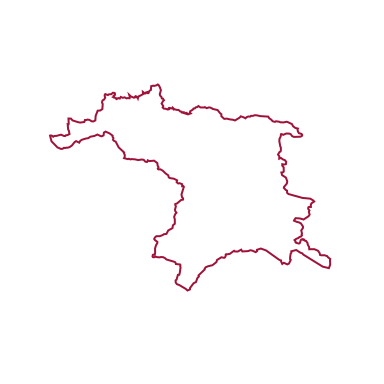 the district of Abura-asebu-kwamankese, Central, Ghana, rotated 103°
{"feature_id": "2480657B30493820921", "entity_name": "Abura-asebu-kwamankese", "entity_type": "district", "adm_level": 2, "iso_a3": "GHA", "parent_name": "Ghana", "parent_adm1": "Central", "projection": "equal_earth", "projection_center": [-1.222, 5.267], "detail": "fine", "context": "isolated", "style": "outline", "palette": "rose", "viewbox_px": 384, "rotation_deg": 103, "n_neighbors": 0, "source": "geoboundaries", "source_scale": "gbopen_adm2", "svg_char_len": 6068}
<svg xmlns="http://www.w3.org/2000/svg" viewBox="0 0 384 384"><g transform="rotate(103 192 192)"><path d="M235.4,41.5L231.7,41.0L227.3,42.2L226.2,42.2L224.9,45.0L224.1,45.8L223.8,48.5L224.6,51.8L224.5,53.1L222.8,53.9L220.9,56.0L220.2,59.9L221.4,64.9L219.3,65.5L217.2,67.4L215.8,67.9L214.0,69.9L214.1,70.9L213.1,72.1L213.0,73.1L213.6,73.1L213.4,74.0L213.6,74.7L214.5,75.2L217.2,75.4L217.9,75.7L218.2,76.5L218.1,79.1L217.6,79.9L216.9,79.9L215.8,81.3L214.3,80.0L212.7,77.8L211.8,77.3L210.8,75.7L209.4,75.1L208.9,75.6L207.7,75.5L204.9,76.9L202.1,75.8L200.8,76.0L198.1,78.8L197.5,81.2L197.6,82.7L197.0,86.2L196.7,86.2L194.2,85.2L193.5,80.9L193.7,77.1L189.4,73.0L187.6,72.3L185.0,73.7L183.6,73.4L182.3,75.0L180.8,75.2L180.2,74.6L179.8,72.8L177.6,73.4L176.1,73.0L173.8,70.8L172.9,72.1L171.9,75.3L172.9,83.0L172.3,97.4L171.5,99.1L169.3,99.7L168.9,101.1L167.4,103.4L166.4,103.5L162.5,101.5L160.1,101.6L156.8,103.8L155.3,108.0L152.9,109.3L152.3,107.8L151.5,107.2L147.4,108.2L146.0,110.0L144.6,110.3L144.5,108.4L143.8,106.8L141.4,107.0L140.1,108.6L139.8,110.7L138.8,113.1L139.9,114.5L137.5,115.0L136.2,116.6L133.5,115.8L132.5,114.8L131.4,114.8L128.8,115.4L127.4,116.4L122.7,118.4L120.5,118.7L118.0,118.1L115.7,118.3L115.4,117.5L115.8,116.0L113.8,113.3L113.2,110.1L113.6,108.6L115.0,107.1L115.4,105.1L113.7,98.7L112.4,97.4L111.7,97.4L110.8,98.3L110.6,101.1L109.1,102.5L107.2,103.3L106.4,103.1L106.3,105.9L105.2,108.3L103.4,109.8L102.3,114.5L102.3,115.7L103.6,118.4L104.2,121.6L103.9,122.9L104.2,126.1L105.0,126.9L104.9,129.4L103.7,131.0L102.8,133.3L101.4,134.7L102.7,142.4L102.7,145.9L103.1,148.2L104.1,149.8L104.5,151.6L105.5,152.4L105.8,154.2L106.7,155.5L108.2,156.5L107.6,158.5L107.3,161.5L108.8,162.3L112.6,166.2L112.4,168.6L112.7,171.0L112.7,174.7L113.5,177.0L111.6,180.4L109.6,180.9L109.1,182.1L106.4,185.5L106.4,190.7L106.0,191.3L105.6,193.6L105.8,194.6L107.0,196.5L106.4,198.6L106.9,199.1L107.7,202.8L106.8,205.1L108.1,206.1L108.6,207.3L110.0,208.1L110.3,209.3L111.5,209.7L113.7,211.9L115.1,211.9L115.7,210.9L117.3,213.5L117.1,215.1L116.6,214.8L116.6,215.2L116.2,215.3L116.5,215.9L116.9,216.0L116.7,216.5L117.0,216.9L116.9,218.2L116.2,218.2L116.8,219.9L116.1,220.3L116.2,221.5L115.1,223.5L115.4,225.3L115.3,227.4L115.8,228.5L115.1,229.2L114.7,228.9L114.2,229.8L114.8,229.8L115.2,230.9L115.0,231.7L115.4,232.8L115.2,233.0L115.3,233.4L116.1,233.8L116.6,233.2L117.1,234.2L116.8,237.0L117.1,238.0L116.3,239.6L114.7,239.3L112.7,241.5L109.4,240.5L109.0,240.0L107.6,241.2L107.6,242.5L106.2,243.2L105.2,244.8L103.9,245.4L99.8,245.2L97.0,247.0L95.1,248.8L95.0,249.7L95.9,250.4L97.2,252.8L97.1,253.7L98.1,255.6L101.8,255.0L103.0,256.2L105.5,256.7L105.7,257.6L104.7,258.1L105.3,259.2L106.5,259.6L106.9,261.0L106.5,261.6L105.9,261.5L105.5,262.4L107.6,261.7L109.9,264.2L110.2,265.0L111.8,265.8L112.8,265.8L111.8,266.5L112.2,266.9L110.8,269.0L112.2,268.2L112.6,268.8L112.6,269.4L113.2,269.8L112.7,272.9L111.5,275.0L113.1,274.1L114.7,273.9L114.9,275.6L115.5,276.9L114.9,278.9L115.8,280.7L115.4,282.8L117.2,283.4L117.0,284.7L117.4,285.1L117.6,285.9L118.1,286.1L117.9,286.6L118.3,286.7L117.1,289.1L117.5,289.6L117.3,290.2L116.7,289.5L115.8,290.0L114.6,288.9L113.1,289.4L112.9,290.0L113.1,291.4L114.8,292.6L115.6,295.0L116.5,295.8L116.1,298.5L116.8,298.9L118.1,298.7L119.6,297.8L121.8,298.5L122.8,299.7L123.7,299.9L125.1,299.8L126.3,298.8L131.3,298.0L133.2,299.7L134.0,302.2L139.5,303.0L144.0,302.3L145.4,303.9L145.7,305.6L144.8,308.3L145.0,310.3L145.7,311.2L145.9,312.5L148.0,312.7L149.5,316.5L149.6,318.7L149.1,324.6L147.7,326.4L148.2,328.9L153.1,327.5L153.5,327.5L153.8,328.3L154.4,327.8L154.8,328.1L158.8,326.8L160.1,325.7L163.1,324.4L164.6,326.2L165.1,327.6L166.0,328.2L166.2,329.4L165.6,332.5L167.9,336.9L168.4,338.8L169.4,339.7L168.7,340.9L168.6,342.0L169.0,343.0L174.2,340.3L178.8,333.2L179.5,329.3L179.0,327.8L177.7,326.7L177.7,325.5L177.0,324.3L176.8,323.0L175.7,321.3L173.6,319.4L169.9,317.7L168.5,316.4L169.3,313.0L167.3,312.4L165.9,311.1L163.8,307.5L162.9,305.2L161.0,303.5L159.4,299.8L157.3,297.1L158.1,293.5L158.0,292.4L156.7,290.9L153.9,291.2L152.6,289.8L153.5,285.3L155.0,282.0L156.0,281.9L157.1,280.7L158.9,280.7L159.6,279.8L160.1,277.7L165.0,273.5L168.7,267.1L169.1,267.3L171.1,265.8L173.1,265.5L174.3,265.8L174.4,261.9L173.8,261.0L174.1,259.5L173.5,258.2L173.0,254.8L173.0,251.6L171.7,248.4L171.5,246.3L172.8,244.6L173.0,243.3L172.7,242.4L171.1,242.2L171.5,240.5L170.0,236.0L171.6,232.3L174.1,231.4L175.3,230.2L176.9,230.6L177.4,230.2L177.5,229.6L177.0,227.9L177.8,225.3L180.0,221.6L181.1,218.9L183.0,217.9L183.4,216.3L183.1,212.7L184.0,209.1L185.9,209.2L186.8,207.4L186.2,206.0L186.6,203.4L188.6,202.9L188.2,201.7L188.8,201.1L196.8,201.7L199.2,200.6L200.2,199.3L201.4,199.0L202.2,200.8L206.5,204.0L207.5,205.6L208.6,205.3L209.5,204.5L213.0,204.6L214.4,204.0L215.7,202.5L217.4,203.4L220.3,203.8L222.5,202.6L226.8,201.6L228.8,203.1L231.6,202.9L234.8,206.5L238.6,207.5L239.5,210.0L240.6,210.9L242.3,213.5L243.1,216.8L244.7,217.9L246.3,218.3L247.1,217.4L248.4,214.5L249.6,214.3L252.0,215.1L255.4,215.3L259.7,214.2L261.6,214.2L261.6,215.4L262.1,216.0L263.6,216.0L264.2,215.5L264.2,214.4L263.2,212.9L263.3,211.1L263.0,209.0L262.4,207.8L262.0,205.6L262.4,203.7L263.5,201.7L264.0,193.2L264.4,192.3L265.8,191.5L265.3,187.4L265.9,186.8L267.0,186.8L268.0,186.2L273.7,185.7L275.5,185.8L275.9,187.1L280.8,187.3L281.8,188.1L283.9,187.5L285.2,186.0L285.5,183.6L287.8,176.3L289.0,174.3L287.4,172.1L285.9,172.3L280.5,169.9L278.9,167.9L274.7,167.4L272.8,166.3L271.8,166.9L264.6,162.2L264.0,162.4L262.3,161.8L260.7,159.6L258.8,155.7L254.9,152.5L252.6,152.3L249.0,148.7L248.9,145.9L248.4,145.2L246.6,144.8L245.4,145.1L244.9,144.7L244.9,143.9L243.8,141.3L239.8,137.8L240.3,136.8L239.7,134.0L237.1,131.1L238.6,129.6L237.0,124.1L235.6,122.0L235.6,119.7L236.3,116.4L234.9,115.3L233.7,115.7L231.6,112.2L232.3,106.6L238.2,92.4L238.8,90.4L238.7,89.8L239.9,89.4L241.8,87.9L240.3,86.6L241.1,82.9L239.9,81.4L235.9,80.5L235.3,81.4L232.8,81.8L229.9,82.0L228.7,81.5L227.4,81.9L225.1,77.4L226.7,72.9L227.0,70.7L227.9,69.6L235.3,47.9L235.4,41.5Z" fill="none" stroke="#9f1239" stroke-width="2"/></g></svg>